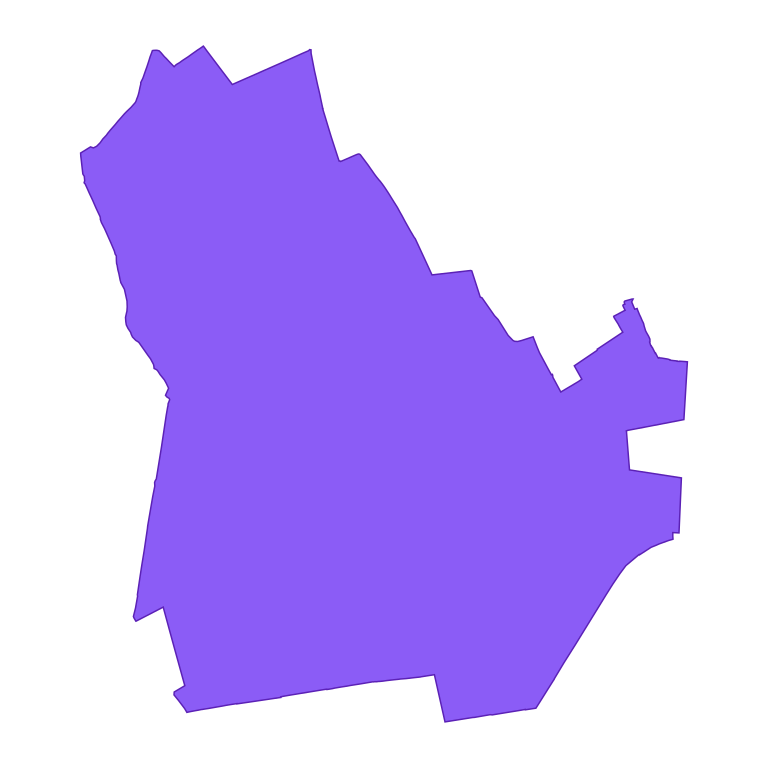 the district of Corbeanca, Ilfov, Romania
{"feature_id": "2599482B20388306931383", "entity_name": "Corbeanca", "entity_type": "district", "adm_level": 2, "iso_a3": "ROU", "parent_name": "Romania", "parent_adm1": "Ilfov", "projection": "mercator", "projection_center": [26.024, 44.599], "detail": "fine", "context": "isolated", "style": "filled", "palette": "violet", "viewbox_px": 768, "rotation_deg": 0, "n_neighbors": 0, "source": "geoboundaries", "source_scale": "gbopen_adm2", "svg_char_len": 5298}
<svg xmlns="http://www.w3.org/2000/svg" viewBox="0 0 768 768"><path d="M186.9,712.4L187.6,712.2L191.5,711.4L195.2,710.7L198.1,710.2L200.5,709.7L201.6,709.5L202.7,709.4L203.6,709.2L205.0,709.0L206.2,708.8L207.6,708.6L208.3,708.5L209.4,708.3L212.9,707.7L217.4,706.9L219.2,706.6L222.6,706.0L226.2,705.3L231.1,704.5L235.6,703.8L236.9,703.6L236.9,703.9L255.3,701.2L280.9,697.4L280.8,696.8L282.7,696.4L289.0,695.3L292.0,694.8L325.7,689.3L326.8,689.2L326.9,689.5L329.6,689.1L332.6,688.6L334.6,688.1L335.2,688.0L338.8,687.4L341.8,686.9L343.8,686.6L345.7,686.3L347.1,686.1L350.2,685.5L350.9,685.4L352.0,685.2L354.0,684.9L359.1,684.1L363.4,683.4L369.3,682.4L370.5,682.2L372.9,681.8L373.5,681.9L374.6,681.7L375.5,681.7L377.0,681.7L378.0,681.5L380.1,681.4L383.0,681.1L386.5,680.6L390.0,680.2L394.5,679.7L398.4,679.3L400.6,679.0L406.0,678.6L413.7,677.7L420.3,677.0L421.0,676.8L434.4,674.7L439.0,695.2L445.0,721.9L461.3,719.3L472.6,717.5L474.4,717.4L490.0,714.7L490.8,714.7L491.5,714.8L492.2,714.9L510.5,711.9L519.2,710.5L524.8,709.5L525.2,709.4L525.3,709.8L535.9,708.2L539.9,701.9L547.8,689.3L553.5,680.3L554.1,679.5L554.3,678.8L563.8,663.0L575.9,643.8L606.2,594.6L612.7,584.3L620.0,573.5L625.9,565.6L639.1,554.5L639.4,554.9L651.1,547.3L656.3,545.2L659.2,543.9L668.9,540.4L672.5,539.4L673.0,539.2L672.8,536.3L672.8,533.0L672.8,532.6L678.8,532.9L679.0,532.9L680.2,505.4L681.4,477.9L629.5,469.9L626.5,431.8L626.3,430.9L628.0,430.3L644.4,427.2L683.9,419.6L687.4,361.8L685.4,361.6L679.9,361.2L679.7,361.2L679.7,361.4L677.2,361.3L677.2,361.0L670.1,360.2L670.1,359.8L667.9,359.1L665.0,358.6L661.3,358.0L659.3,357.9L659.1,357.6L658.3,358.1L657.8,357.4L655.6,353.1L655.3,353.3L654.3,351.4L652.6,348.0L652.3,347.4L652.0,347.4L651.2,345.7L650.8,345.7L649.6,342.1L650.0,341.9L649.9,339.3L649.9,339.1L648.6,336.2L646.7,332.9L645.9,331.4L645.7,331.1L644.2,326.2L643.6,323.6L643.0,322.2L642.8,321.9L642.0,320.2L640.9,317.6L640.4,316.5L639.6,314.9L638.3,311.7L637.6,310.0L637.1,308.5L634.7,309.2L631.7,301.9L633.1,299.0L632.2,299.0L624.9,301.0L624.4,301.5L624.2,302.0L624.8,304.3L623.8,304.5L623.3,304.8L623.1,304.9L623.0,305.2L622.9,305.4L622.9,305.6L623.0,305.8L623.1,306.2L625.1,310.3L624.8,310.4L613.7,316.3L613.8,316.6L613.9,317.2L614.2,317.7L614.5,318.3L618.2,324.1L618.8,325.3L620.0,327.5L621.1,329.4L622.8,332.2L597.4,349.1L597.6,349.3L596.9,350.5L574.3,365.8L581.8,379.2L578.3,381.6L560.8,392.0L552.9,377.3L552.6,374.9L552.2,374.3L551.4,374.8L548.2,369.0L545.1,363.2L539.5,352.8L537.4,347.8L533.1,336.8L521.6,340.5L517.7,341.5L514.6,341.3L512.9,340.4L508.1,335.4L498.1,319.5L494.5,315.7L482.0,297.8L480.2,297.0L471.8,270.9L470.7,270.5L432.0,274.9L422.4,254.1L415.3,238.8L414.1,237.2L410.2,230.6L405.2,221.7L402.0,215.7L399.9,212.0L397.4,207.4L394.3,202.5L391.3,197.7L388.9,193.8L384.9,187.7L382.5,184.3L381.2,182.6L380.3,181.4L379.1,180.1L376.5,176.9L374.4,174.1L372.6,171.5L370.2,168.1L368.2,165.2L360.4,154.8L359.6,154.2L358.9,154.0L358.3,154.0L356.5,154.6L340.6,161.5L339.9,160.9L339.2,161.1L338.9,160.5L331.3,137.1L327.7,125.3L325.7,118.6L322.6,108.5L322.9,108.5L322.7,108.0L322.4,106.7L320.6,98.3L320.1,95.6L318.7,89.5L317.8,85.8L316.8,81.3L316.0,77.5L314.5,70.9L311.1,53.3L311.0,49.8L309.6,49.6L309.3,50.0L308.6,50.7L305.6,52.0L301.9,53.6L298.4,55.2L291.3,58.4L279.2,63.8L232.3,84.5L230.5,82.1L221.4,70.1L206.6,50.5L204.0,46.9L203.3,46.1L202.1,47.0L199.8,48.6L197.6,50.0L194.8,52.0L192.1,53.9L189.9,55.5L188.1,56.8L184.9,58.9L183.2,60.0L181.6,61.1L179.9,62.4L178.6,63.2L177.2,64.0L176.0,64.8L175.1,65.7L174.1,66.7L170.2,62.7L167.2,59.5L166.3,58.5L164.4,56.7L161.0,52.7L159.1,50.8L157.0,50.3L155.4,50.3L155.0,50.3L153.4,50.4L152.4,50.6L151.5,53.1L151.1,54.2L150.1,56.8L149.6,58.4L149.1,60.1L148.0,63.5L146.8,67.1L145.5,70.7L143.1,77.6L142.6,78.8L141.8,80.4L141.1,81.8L140.7,82.8L140.8,84.0L139.9,87.7L139.0,92.1L138.2,95.1L137.5,97.1L136.7,99.1L136.0,101.2L135.3,102.5L131.0,107.4L128.9,109.4L127.0,111.2L125.3,112.9L124.7,113.5L120.6,118.2L118.1,121.0L115.0,124.8L112.1,128.1L110.6,129.8L107.8,133.2L106.4,135.2L102.8,139.0L100.1,142.8L96.6,146.3L93.4,147.9L90.5,146.9L80.6,153.0L80.8,156.2L81.3,160.4L81.9,165.7L82.8,173.7L83.0,174.3L83.3,174.8L84.4,176.5L84.3,176.9L84.4,177.7L84.5,178.7L84.7,180.7L84.1,182.8L85.2,184.0L87.2,188.4L89.1,192.7L92.7,200.4L96.0,208.0L100.1,216.7L100.4,218.3L100.3,219.2L101.4,222.5L104.6,228.7L107.8,235.9L110.9,242.9L114.3,250.9L115.2,254.2L116.3,255.8L116.4,260.8L116.6,263.6L117.1,265.2L117.9,269.9L118.8,273.3L120.2,280.3L120.6,281.6L120.8,282.6L124.4,289.2L127.0,301.0L127.2,306.9L126.9,311.5L126.7,312.0L125.5,317.4L125.8,321.7L126.3,324.9L128.0,328.4L130.6,332.3L131.3,334.5L132.5,337.0L135.8,340.4L137.6,341.5L138.6,342.2L139.0,342.6L147.7,355.0L150.5,358.8L153.4,364.2L153.8,365.7L154.1,368.5L156.6,369.7L157.8,371.0L160.1,374.6L163.5,378.8L164.3,379.8L166.0,382.8L168.6,388.2L165.5,395.3L166.9,397.0L169.2,398.4L169.7,399.7L168.1,403.7L167.9,406.3L167.7,406.7L166.2,415.4L161.4,447.5L156.3,479.0L155.3,480.6L154.6,482.4L154.8,486.1L152.7,496.7L147.7,525.8L147.4,528.7L144.2,550.5L141.8,565.2L140.1,576.3L137.4,594.7L137.6,596.2L135.5,608.1L133.4,616.5L134.0,618.0L135.7,620.9L135.9,621.2L136.2,621.1L163.2,607.1L169.4,629.9L174.8,649.6L184.8,685.7L174.2,692.0L174.0,694.9L178.4,700.3L184.6,708.5L186.9,712.4Z" fill="#8b5cf6" stroke="#5b21b6" stroke-width="1.5"/></svg>